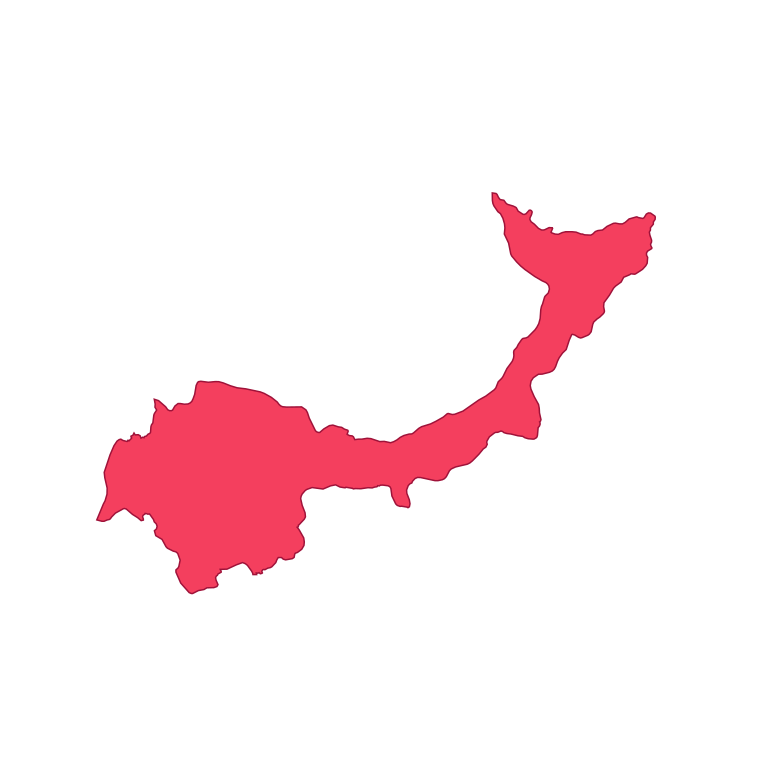 outline of Samakkhixay, Attapu, Laos, rotated 63°
{"feature_id": "54806243B43927962205569", "entity_name": "Samakkhixay", "entity_type": "district", "adm_level": 2, "iso_a3": "LAO", "parent_name": "Laos", "parent_adm1": "Attapu", "projection": "albers", "projection_center": [106.794, 14.975], "detail": "fine", "context": "isolated", "style": "filled", "palette": "rose", "viewbox_px": 768, "rotation_deg": 63, "n_neighbors": 0, "source": "geoboundaries", "source_scale": "gbopen_adm2", "svg_char_len": 6138}
<svg xmlns="http://www.w3.org/2000/svg" viewBox="0 0 768 768"><g transform="rotate(63 384 384)"><path d="M262.9,200.8L269.7,204.1L272.6,205.0L275.2,205.2L282.2,204.3L285.1,202.9L290.3,202.8L295.9,203.9L299.8,205.4L305.0,208.7L315.0,209.0L325.6,212.0L327.9,212.1L335.4,210.4L341.0,208.6L346.1,206.4L356.6,200.9L363.8,196.3L367.1,193.7L369.3,192.8L371.5,192.6L374.5,193.5L377.5,196.3L378.9,200.6L379.5,201.5L384.8,206.5L386.3,208.4L389.0,210.6L396.5,215.1L400.5,218.7L402.8,222.0L404.3,224.8L407.5,234.5L407.4,236.6L406.5,239.5L406.8,241.0L409.7,246.4L411.7,249.1L413.1,252.9L414.4,254.0L417.7,255.4L419.8,256.9L422.0,259.4L426.0,267.4L431.4,274.6L432.4,276.5L433.9,281.2L438.3,286.2L439.2,288.4L441.0,298.8L441.3,306.8L444.0,325.9L443.1,334.6L442.2,337.0L439.4,340.2L439.2,341.2L440.4,346.1L440.8,354.8L440.7,360.7L439.1,369.9L439.3,373.2L441.0,379.9L441.1,381.9L440.0,384.4L438.9,389.7L438.9,393.7L439.7,397.9L439.8,401.6L439.3,404.8L435.2,409.9L433.4,413.9L426.7,420.5L424.7,423.7L423.1,428.7L421.5,431.9L420.3,435.3L417.2,435.2L415.8,435.9L414.2,438.3L412.1,439.7L409.7,437.3L408.7,437.3L406.3,439.7L403.4,441.4L401.4,444.2L397.4,448.2L396.3,451.6L396.7,458.0L398.0,463.3L397.2,464.7L395.9,465.8L394.4,466.3L380.5,466.1L374.7,465.2L371.6,465.3L367.0,467.8L360.4,481.2L358.2,484.7L356.6,486.0L354.6,486.8L351.6,487.3L344.8,490.4L338.0,495.0L334.8,497.9L325.6,509.3L320.7,516.6L315.8,521.7L310.1,526.7L306.9,530.2L305.2,533.4L302.7,539.7L298.4,546.0L297.7,548.2L298.0,549.4L300.0,552.0L307.3,557.4L310.4,560.7L312.3,563.2L312.9,565.6L312.8,567.7L311.4,571.0L309.0,574.3L307.9,576.4L308.7,580.3L311.3,584.3L311.2,585.7L310.3,587.3L308.7,588.4L305.2,588.9L296.5,592.4L293.3,595.6L298.0,597.0L300.7,598.6L304.0,598.4L306.1,602.0L307.2,603.2L313.7,607.6L314.9,609.8L316.3,611.1L321.1,614.0L321.7,615.2L321.6,617.0L322.5,619.3L322.1,621.2L322.9,622.2L321.9,623.1L321.9,625.1L319.4,624.8L317.6,626.0L316.4,628.8L314.2,629.0L315.7,631.1L315.6,633.1L316.3,633.5L316.9,633.2L317.7,633.5L318.9,637.1L317.9,637.6L318.6,638.8L318.2,639.5L315.7,642.3L313.7,643.5L313.3,645.2L313.7,647.8L316.4,652.6L322.7,660.2L335.7,673.4L340.7,675.3L351.0,677.9L356.4,680.8L361.4,685.5L363.6,688.6L374.7,701.6L378.2,697.7L379.2,695.8L379.5,692.1L380.0,690.4L379.9,689.1L378.8,687.0L377.1,681.9L376.8,673.1L377.0,671.9L378.4,670.4L386.0,667.3L391.2,664.2L395.5,662.4L396.0,660.2L395.0,659.7L392.8,659.4L392.0,658.8L391.5,657.8L391.3,655.9L390.9,655.6L391.8,654.3L392.7,653.6L393.4,651.9L400.1,650.9L402.5,651.3L405.1,650.4L407.7,650.7L409.8,652.5L410.5,655.2L415.5,656.2L421.7,652.3L430.0,652.1L432.0,651.5L437.2,647.7L439.0,645.7L441.2,644.7L448.4,645.6L453.4,649.6L454.4,651.0L455.2,653.8L457.2,654.8L469.1,655.5L481.4,652.3L483.2,650.8L483.8,649.6L483.8,643.2L485.4,637.7L485.2,634.3L488.2,628.0L488.6,624.8L487.4,623.0L482.6,622.7L480.1,622.0L479.0,620.6L478.8,619.3L477.9,618.1L477.8,614.6L476.9,614.1L474.8,614.1L477.7,607.9L478.1,597.5L478.9,591.1L481.2,589.1L483.6,588.0L490.7,586.9L492.9,586.9L494.3,587.3L496.0,584.0L494.4,583.6L495.3,582.2L495.4,580.9L496.9,580.4L497.3,578.8L497.1,578.1L495.3,577.9L494.5,576.5L494.7,575.1L495.4,574.5L495.3,571.2L496.0,568.5L495.9,566.8L494.0,561.5L492.0,559.3L490.6,557.0L492.1,554.1L494.3,553.3L496.0,551.5L498.0,545.0L497.7,542.8L495.1,540.8L494.5,539.9L494.8,537.5L493.9,532.3L491.5,528.6L488.5,526.7L484.7,525.4L475.4,525.8L472.2,526.4L472.3,525.4L471.7,524.7L470.9,524.4L470.8,523.4L468.2,516.3L466.7,514.3L462.9,512.8L455.0,512.0L448.3,510.3L446.4,508.8L444.9,506.9L443.1,502.5L442.9,500.5L443.6,495.1L449.9,486.0L450.5,477.8L451.9,472.9L455.8,470.0L458.5,466.3L458.9,465.4L458.7,464.8L462.7,459.4L463.5,459.0L464.2,456.9L466.8,452.2L469.1,445.4L471.2,441.7L471.6,439.1L472.2,437.4L472.3,436.6L471.7,435.8L472.7,434.4L472.5,433.2L473.5,431.0L476.6,426.5L478.2,425.4L480.2,425.3L487.4,427.8L496.1,428.0L498.2,427.3L500.3,425.3L500.9,423.8L504.2,419.3L505.1,418.8L504.9,417.1L502.5,415.2L498.6,414.0L491.8,413.3L488.7,412.0L485.5,408.5L484.7,406.2L484.8,404.1L483.6,402.8L482.3,399.2L482.5,396.5L484.0,393.8L493.3,382.4L494.6,379.9L495.8,375.4L495.8,373.1L494.9,370.6L491.0,365.1L490.2,362.6L490.4,357.9L493.3,346.0L493.3,343.2L492.6,340.1L489.7,331.4L486.9,325.0L486.5,321.9L484.6,319.4L482.7,319.0L481.6,318.2L478.9,314.1L477.7,307.6L477.8,306.5L478.7,304.5L479.0,301.1L480.2,299.9L481.8,299.2L483.9,297.0L486.2,293.6L490.9,288.2L493.6,284.2L495.8,282.9L498.2,280.4L500.8,276.2L501.2,275.2L501.1,272.8L500.6,271.7L499.3,270.5L492.9,266.5L492.0,264.5L490.6,263.1L489.1,262.5L488.4,262.6L488.1,261.4L487.0,260.3L480.4,258.6L476.1,256.7L472.4,255.6L463.4,255.9L455.2,255.4L451.8,254.4L448.2,251.7L446.2,248.1L445.4,242.0L447.0,238.6L448.7,231.2L448.8,228.0L448.1,225.7L446.4,223.2L442.5,219.1L440.1,215.9L437.5,210.9L436.0,206.0L429.0,199.0L425.2,194.3L425.2,193.7L426.9,191.8L430.7,189.5L432.2,188.0L432.6,186.6L433.1,180.2L432.8,178.4L431.5,175.7L425.6,170.9L424.0,169.0L422.8,164.8L422.3,161.2L420.9,156.6L420.2,155.4L419.2,154.5L414.8,153.2L411.4,151.1L407.2,142.8L402.8,135.9L401.9,133.3L400.8,126.4L397.7,122.0L398.2,115.4L397.9,114.0L399.9,110.9L400.1,109.9L399.2,101.6L397.5,97.1L395.9,94.7L390.9,91.6L388.4,91.6L386.4,90.6L385.3,88.8L384.9,84.1L384.4,83.5L382.0,83.5L380.4,83.0L379.0,81.2L377.4,80.3L372.0,79.5L369.1,78.6L367.9,76.8L365.7,75.6L363.9,71.5L361.9,70.4L360.4,67.7L358.4,66.5L357.4,66.4L352.7,68.9L351.6,70.8L351.7,73.1L353.9,76.8L354.0,78.2L351.3,81.7L349.9,82.8L349.6,83.7L348.2,90.7L349.5,95.7L349.6,98.9L348.3,101.4L345.7,104.8L345.0,106.7L344.8,113.7L346.0,119.4L344.4,123.7L344.1,126.5L345.2,130.1L345.2,132.2L342.2,137.5L340.5,139.1L339.7,140.5L335.9,143.9L333.6,147.5L330.8,153.1L330.0,156.5L329.8,160.7L328.1,163.5L325.4,166.0L324.6,166.3L322.0,163.2L321.2,163.1L319.6,165.9L319.5,170.7L319.2,172.0L318.3,173.7L315.5,175.7L309.8,177.5L306.2,179.3L303.5,179.3L302.1,178.3L300.1,175.7L298.3,174.1L297.4,173.8L296.3,174.1L295.5,174.7L295.1,175.7L296.8,180.2L296.6,182.0L295.9,183.1L290.9,186.0L287.1,186.1L286.2,186.5L284.1,188.1L280.1,192.3L278.7,193.1L274.7,193.8L272.4,196.8L269.7,197.3L266.4,197.2L265.1,197.7L262.9,200.8Z" fill="#f43f5e" stroke="#9f1239" stroke-width="1.5"/></g></svg>